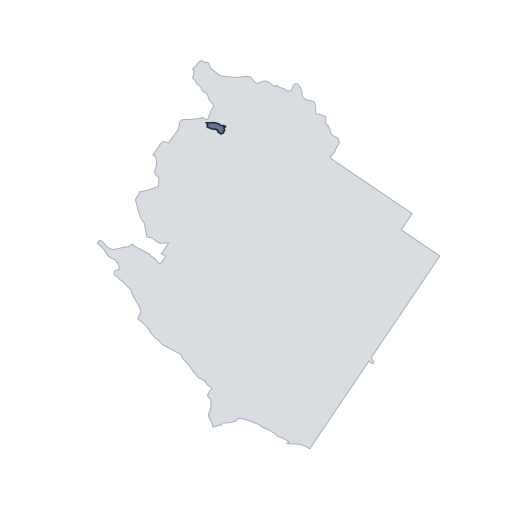 Al Firdous, Eastern Darfur, Sudan (highlighted), rotated 124°
{"feature_id": "16777658B1174782743239", "entity_name": "Al Firdous", "entity_type": "district", "adm_level": 2, "iso_a3": "SDN", "parent_name": "Sudan", "parent_adm1": "Eastern Darfur", "projection": "natural_earth1", "projection_center": [25.904, 10.88], "detail": "fine", "context": "in_parent", "style": "filled", "palette": "slate", "viewbox_px": 512, "rotation_deg": 124, "n_neighbors": 0, "source": "geoboundaries", "source_scale": "gbopen_adm2", "svg_char_len": 5166}
<svg xmlns="http://www.w3.org/2000/svg" viewBox="0 0 512 512"><g transform="rotate(124 256 256)"><path d="M334.2,394.7L330.5,394.7L330.1,393.7L330.1,390.9L330.5,388.8L331.8,385.5L331.5,383.6L331.7,381.0L330.7,378.1L321.7,369.5L319.9,367.1L315.1,365.0L315.9,362.6L313.9,345.0L314.8,343.0L315.1,339.9L315.0,337.2L316.2,332.8L316.3,330.9L306.8,330.7L306.7,332.7L307.1,334.8L307.1,335.7L293.9,335.7L299.2,342.6L299.5,345.6L299.2,349.4L299.3,351.8L299.6,353.4L301.1,356.4L301.0,357.0L300.6,357.7L291.3,366.9L289.8,371.2L288.5,373.4L285.8,377.1L277.3,386.9L275.9,387.6L269.4,387.9L268.7,388.2L268.2,388.6L262.3,382.8L252.9,375.8L246.7,379.4L245.0,380.8L245.0,384.1L244.1,385.8L242.4,387.6L237.8,388.8L235.4,389.8L232.6,391.7L229.8,394.8L229.6,396.4L229.9,397.9L214.0,397.8L213.0,396.7L210.7,391.5L209.1,391.8L194.6,391.2L192.5,391.8L188.4,393.9L186.3,394.2L184.2,393.3L176.6,383.1L174.9,381.8L173.2,379.4L171.6,378.3L171.0,377.6L170.9,376.5L170.9,374.2L170.4,372.8L169.2,372.5L159.0,374.9L157.5,374.6L155.4,375.0L154.6,375.5L153.8,376.8L153.6,379.6L153.3,381.0L152.6,382.5L149.7,386.0L149.0,387.5L149.1,391.3L148.9,393.2L148.5,394.1L147.2,395.6L146.8,396.4L146.3,401.3L144.7,404.2L144.3,405.3L144.2,407.4L143.9,408.1L139.3,409.8L137.6,410.8L136.5,412.5L136.3,413.2L134.3,412.6L131.8,412.2L126.9,411.6L125.0,410.9L124.1,409.7L124.4,406.8L123.9,406.1L123.1,405.6L122.6,404.3L122.7,402.8L125.3,399.4L125.8,397.6L126.5,389.0L126.3,386.4L124.3,381.6L119.7,373.3L118.6,371.7L112.8,364.8L112.1,363.8L110.7,360.9L112.3,354.6L112.4,352.9L112.0,351.1L110.5,349.7L109.2,349.6L107.5,347.9L106.4,347.1L105.4,345.6L104.7,343.6L105.2,336.1L104.9,335.1L103.4,334.9L103.1,334.3L103.2,332.9L102.4,328.7L101.5,325.2L102.0,323.2L100.7,320.6L98.4,319.4L93.8,320.3L92.3,320.2L91.3,319.7L90.6,318.7L90.3,317.6L90.6,315.8L91.9,312.7L93.6,310.1L96.9,307.7L97.8,306.4L98.3,305.0L98.4,303.4L98.2,301.8L97.8,300.2L96.9,298.2L96.0,295.7L96.0,294.1L96.4,293.0L97.3,291.6L100.6,288.8L104.0,286.5L104.6,285.7L104.4,284.8L102.8,282.9L102.3,279.2L101.5,276.7L103.2,274.8L104.5,274.1L106.5,273.5L107.2,272.7L107.5,271.2L107.4,269.7L108.1,268.6L109.1,266.3L109.9,265.2L112.5,262.5L113.0,260.7L113.2,259.0L112.5,253.9L114.0,251.7L115.9,250.0L118.7,250.1L122.9,249.7L125.8,248.9L127.9,249.0L132.6,249.9L133.1,249.5L133.3,248.2L133.5,150.2L152.9,150.2L153.1,150.0L153.2,103.6L275.1,103.6L276.1,103.5L277.9,99.1L278.7,98.8L280.0,99.1L280.4,100.1L279.5,103.6L385.8,103.6L386.1,108.9L387.1,113.1L390.2,119.2L392.8,122.5L393.8,124.3L393.9,125.1L393.8,125.9L393.0,125.0L391.7,124.4L391.5,127.2L392.3,133.0L393.4,137.1L392.7,140.9L392.9,147.3L394.4,154.9L394.2,159.8L396.7,171.2L398.9,177.5L400.2,179.1L401.5,179.9L404.1,180.4L407.9,183.7L411.0,187.1L412.1,188.8L413.6,190.8L414.6,190.4L415.2,189.9L416.2,191.5L421.0,194.9L421.7,196.5L420.0,198.0L418.1,200.7L417.2,203.1L416.7,203.9L415.1,205.5L414.9,206.2L414.2,206.7L413.5,206.7L411.8,207.6L410.4,207.3L408.9,207.8L408.4,208.4L407.2,208.9L405.6,209.2L403.2,211.3L401.0,212.3L400.3,213.1L399.3,217.3L398.4,218.4L395.2,218.5L393.7,218.9L391.5,218.4L390.5,218.4L390.3,219.3L389.9,222.9L390.0,224.5L388.3,228.5L388.9,236.2L387.2,241.9L387.0,243.2L385.3,247.7L384.4,249.4L382.3,257.9L381.5,260.5L379.6,263.2L381.8,283.5L380.3,289.8L380.4,293.2L379.3,298.2L378.5,300.5L377.1,303.3L375.9,306.4L374.9,310.5L374.3,318.3L373.9,319.0L368.3,320.0L366.5,320.6L365.3,321.4L363.8,323.4L361.0,328.9L359.5,332.3L357.1,336.9L354.4,340.1L353.8,341.7L353.4,344.7L352.4,349.3L351.5,352.7L351.7,355.3L350.8,360.0L351.0,362.2L350.0,363.5L348.7,364.7L347.8,365.0L343.8,361.9L341.0,364.0L339.3,367.0L338.0,370.0L338.8,376.4L338.7,377.8L338.3,379.4L335.7,385.7L335.0,388.5L334.2,393.5L334.2,394.7Z" fill="#d9dde1" stroke="#a8b0b8" stroke-width="1"/><path d="M174.3,353.0L174.1,353.0L173.9,353.0L173.6,352.8L173.4,352.6L172.8,352.1L172.5,351.9L172.2,351.9L171.8,351.9L171.4,352.0L171.2,352.1L171.2,352.3L171.2,352.6L170.7,352.6L170.3,352.5L170.0,352.2L169.8,352.1L169.3,352.2L169.1,352.4L168.9,352.8L168.7,353.2L168.4,353.4L168.2,353.6L168.0,354.1L167.8,354.3L167.7,354.3L167.2,354.2L166.9,353.9L166.4,353.6L166.1,353.6L165.8,353.5L165.6,354.3L165.7,354.7L166.1,355.2L166.5,355.5L166.2,355.6L166.0,355.8L166.1,356.0L166.4,356.5L166.5,356.7L166.6,356.8L167.0,357.4L167.2,357.7L167.3,357.8L167.4,358.0L167.4,358.4L167.5,358.8L167.4,359.5L167.4,359.8L167.2,360.2L167.1,360.3L167.2,360.6L168.2,363.7L168.5,364.5L168.6,364.8L169.0,365.5L169.4,366.1L170.1,367.0L172.6,370.7L173.3,371.8L173.5,371.4L174.0,370.4L174.3,369.7L174.7,368.9L175.2,369.1L175.8,369.1L176.2,368.7L176.4,367.7L176.2,367.2L175.9,366.6L175.8,366.3L175.6,365.7L175.8,365.0L175.5,364.2L175.4,364.0L175.0,363.1L174.9,363.0L174.8,362.6L174.8,362.4L174.7,362.0L174.6,361.9L173.9,361.0L173.6,360.6L173.5,360.3L173.4,360.1L173.5,359.9L173.5,359.7L173.4,359.5L173.2,359.3L173.2,359.1L173.3,358.9L173.5,358.6L173.5,358.4L173.6,358.2L173.3,358.0L173.1,357.7L173.3,357.4L173.5,357.4L173.8,357.3L174.1,357.2L174.3,357.0L174.5,356.8L174.6,356.6L174.5,356.4L174.2,356.2L174.1,355.6L174.1,355.4L174.1,355.2L174.3,355.3L174.5,355.2L174.6,354.7L174.5,354.1L174.4,353.6L174.3,353.0Z" fill="#64748b" stroke="#1e293b" stroke-width="1.5"/></g></svg>